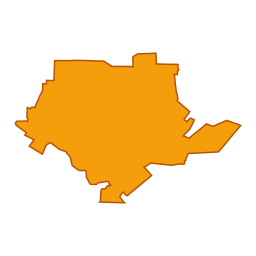 Saraiu, Constanta, Romania
{"feature_id": "2599482B59135931499306", "entity_name": "Saraiu", "entity_type": "district", "adm_level": 2, "iso_a3": "ROU", "parent_name": "Romania", "parent_adm1": "Constanta", "projection": "equal_earth", "projection_center": [28.194, 44.705], "detail": "fine", "context": "isolated", "style": "filled", "palette": "amber", "viewbox_px": 256, "rotation_deg": 0, "n_neighbors": 0, "source": "geoboundaries", "source_scale": "gbopen_adm2", "svg_char_len": 5283}
<svg xmlns="http://www.w3.org/2000/svg" viewBox="0 0 256 256"><path d="M228.7,139.8L229.7,138.4L232.2,135.6L233.7,133.7L239.0,127.5L240.6,125.6L240.4,125.5L240.4,125.4L240.0,125.2L239.2,124.8L238.9,124.7L238.2,124.4L237.2,124.0L236.8,123.9L235.5,123.5L234.9,123.3L234.3,123.1L234.1,123.0L233.3,122.8L232.3,122.4L231.2,122.0L229.4,121.3L228.4,121.0L226.8,120.4L226.5,120.5L219.2,123.6L218.1,124.0L216.1,125.0L214.7,125.6L214.3,125.8L213.6,126.0L213.0,126.1L212.6,126.2L208.4,124.6L206.4,123.9L205.7,124.5L205.4,124.7L204.9,125.2L197.1,131.6L189.0,138.2L188.5,138.0L184.5,136.3L184.0,136.1L183.2,135.9L184.5,134.5L184.8,134.2L184.9,133.9L185.1,133.7L185.3,133.6L185.7,133.3L186.1,132.9L187.1,132.0L187.3,131.7L187.5,131.4L187.9,131.1L188.0,131.0L188.1,130.9L188.3,130.7L188.6,130.3L189.0,130.1L189.3,129.7L189.6,129.2L189.9,128.7L190.1,128.4L190.6,127.4L190.9,126.9L191.1,126.6L191.6,125.7L191.8,125.3L191.9,125.2L192.9,123.1L192.9,122.8L193.3,121.9L193.7,121.4L194.0,120.5L194.2,119.7L193.7,119.6L191.8,118.6L191.4,118.4L191.2,118.4L190.7,118.2L190.4,118.3L190.0,118.5L189.3,119.0L189.1,119.2L188.9,119.4L188.5,120.1L188.3,120.5L188.2,120.5L187.8,120.6L187.5,120.7L187.3,120.8L187.2,120.9L187.0,121.1L186.8,121.7L186.2,121.3L185.2,120.4L184.1,119.4L186.4,116.3L187.3,115.1L189.8,111.7L177.3,101.0L177.3,100.9L177.5,100.1L177.7,99.7L177.8,99.1L177.9,98.9L177.8,98.6L177.7,98.1L177.7,97.6L177.6,97.0L177.6,96.7L177.5,96.4L177.4,95.7L177.3,95.4L177.1,94.7L177.1,94.4L176.8,93.6L176.5,92.8L176.5,92.4L176.3,91.7L176.2,90.7L176.0,89.7L175.9,88.3L175.6,86.4L175.2,82.4L175.0,80.5L174.9,79.3L174.8,79.1L174.8,78.4L174.7,77.5L174.6,76.1L174.5,75.5L174.4,74.8L174.3,74.4L176.6,74.6L177.4,74.6L177.5,71.4L177.9,70.9L178.6,70.3L178.6,69.8L178.2,68.7L177.9,65.4L178.0,65.0L178.0,64.8L178.1,64.6L178.1,64.4L170.9,64.3L169.5,64.3L156.4,64.0L156.2,59.0L156.1,58.5L156.1,57.5L156.0,56.2L156.0,55.7L156.0,55.3L155.9,54.7L155.9,53.2L154.4,53.3L146.2,53.6L139.9,53.8L138.3,53.8L138.0,54.1L137.8,53.9L133.7,56.2L132.8,57.0L133.0,62.6L133.1,66.8L132.5,66.5L131.1,66.5L130.5,66.5L129.3,66.5L124.3,66.4L121.4,66.4L118.0,66.4L116.1,66.4L114.2,66.4L111.7,66.4L111.8,66.3L111.7,66.2L109.8,64.9L106.1,62.6L104.4,61.5L103.9,61.1L98.9,61.0L88.8,60.7L86.6,60.6L84.5,60.5L82.2,60.5L76.9,60.3L76.4,60.4L74.2,60.3L73.8,60.3L73.4,60.4L73.1,60.6L72.2,60.6L65.7,60.6L63.0,60.6L62.1,60.6L59.8,60.6L54.7,60.6L54.3,70.0L54.3,70.3L54.3,71.1L53.9,80.6L52.1,80.6L47.4,80.4L46.5,80.4L46.4,83.8L42.8,83.7L42.5,92.0L41.7,92.0L40.9,93.8L40.2,95.0L39.8,96.0L39.3,97.0L39.0,97.8L38.6,99.1L37.5,101.5L37.1,102.0L36.2,104.0L35.1,107.0L35.3,107.1L35.0,107.7L34.9,107.6L34.3,107.4L33.8,107.2L32.1,107.2L30.8,107.6L30.1,108.9L27.3,107.5L27.1,108.0L27.3,111.1L27.2,111.5L27.1,112.3L27.1,113.2L26.9,117.3L27.1,117.6L27.5,118.2L27.6,118.7L27.8,119.5L27.7,119.9L27.6,120.2L27.7,121.2L27.7,121.4L26.0,121.1L25.5,121.0L25.1,121.0L24.8,121.0L21.4,121.2L17.9,121.2L16.7,121.3L16.7,121.5L16.4,121.9L16.2,122.1L15.9,122.3L15.7,122.4L15.6,122.6L15.5,122.8L15.4,122.9L15.4,123.1L15.5,123.7L15.6,124.1L15.9,124.8L16.1,125.1L16.6,125.5L16.8,125.7L17.4,126.1L20.1,128.2L21.2,129.0L22.2,129.6L23.1,130.3L23.9,130.9L25.7,132.2L26.4,132.8L24.8,135.1L34.0,139.8L29.3,146.2L42.3,154.2L42.5,154.0L43.2,152.1L44.7,148.6L45.8,146.1L46.0,145.6L46.3,145.1L46.7,144.8L47.5,144.3L49.1,143.2L49.5,143.0L49.9,142.8L50.2,142.8L50.5,142.8L50.8,142.9L50.8,143.0L51.4,143.3L53.4,144.8L56.0,146.8L59.2,149.2L59.6,149.5L60.6,149.8L62.5,150.5L62.8,150.6L64.1,151.0L65.0,151.3L65.5,151.5L65.9,151.8L69.1,155.9L70.1,157.1L70.3,157.4L71.5,162.6L71.8,163.9L72.1,165.3L72.3,165.6L72.5,165.9L72.8,166.1L75.6,168.1L78.1,169.8L78.4,170.0L78.7,170.2L79.1,170.4L79.4,170.4L80.1,170.5L81.7,170.5L84.0,170.5L84.9,170.6L85.2,170.6L85.5,170.7L85.6,170.8L85.8,170.9L86.0,171.2L86.2,171.4L86.2,171.5L86.3,174.0L86.4,176.4L86.4,177.0L86.9,178.1L87.9,179.9L88.4,180.8L89.5,183.2L90.1,183.9L90.8,184.2L91.1,184.3L91.4,184.4L92.0,184.4L93.2,184.4L95.5,184.4L96.0,184.4L96.4,184.3L96.8,184.1L97.5,183.6L98.0,183.2L98.4,182.9L98.7,182.8L99.1,182.7L106.3,181.6L107.3,181.4L107.8,181.4L108.0,181.5L108.5,182.0L109.1,183.2L109.2,183.5L109.5,183.7L110.0,184.1L110.7,184.9L109.7,185.8L109.2,185.9L108.7,185.3L107.7,185.8L107.2,186.1L107.0,186.3L106.8,186.5L106.6,186.7L106.4,186.9L106.1,187.5L105.8,188.1L105.6,188.5L105.3,188.7L104.8,188.8L104.0,188.8L102.7,188.8L102.3,188.9L102.1,189.0L101.8,189.1L101.6,189.3L101.5,189.7L101.3,190.0L101.0,191.2L100.9,191.4L100.9,191.7L100.9,192.5L100.8,193.1L100.7,196.3L100.5,198.7L100.5,200.0L100.5,200.5L100.4,200.6L100.3,200.9L100.1,201.2L99.6,202.0L109.9,202.4L111.2,202.4L111.7,202.4L112.9,202.4L113.9,202.5L124.5,202.8L122.9,200.9L120.5,198.0L120.0,197.2L120.0,196.7L120.1,196.4L120.3,195.9L122.8,192.1L123.0,192.1L126.1,195.4L127.1,195.8L151.6,175.5L149.4,172.9L146.9,170.1L144.1,167.1L146.3,166.0L148.6,164.5L150.8,163.2L151.0,163.1L151.4,163.1L151.8,163.2L161.5,164.2L165.6,164.6L168.2,164.9L168.4,165.0L169.1,164.9L172.2,165.2L177.4,164.3L178.5,164.1L179.6,164.1L180.2,164.0L183.8,164.1L184.5,163.8L184.7,161.0L185.8,160.2L185.5,159.8L185.9,159.1L186.7,157.1L187.9,153.9L188.1,153.7L188.5,153.5L189.6,153.4L190.2,153.4L218.4,151.9L218.6,151.8L218.6,151.7L221.3,148.6L225.7,143.4L228.7,139.8Z" fill="#f59e0b" stroke="#b45309" stroke-width="1.5"/></svg>